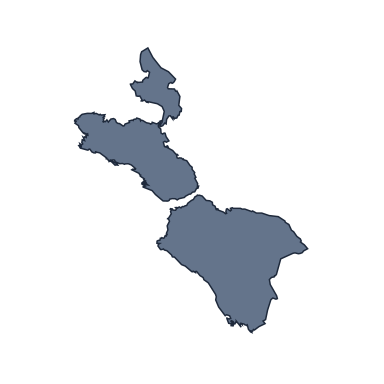 Inderøy nor, Nord-Trøndelag, Norway, rotated 257°
{"feature_id": "86288312B4648926178288", "entity_name": "Inderøy nor", "entity_type": "district", "adm_level": 2, "iso_a3": "NOR", "parent_name": "Norway", "parent_adm1": "Nord-Trøndelag", "projection": "orthographic", "projection_center": [11.117, 63.848], "detail": "fine", "context": "isolated", "style": "filled", "palette": "slate", "viewbox_px": 384, "rotation_deg": 257, "n_neighbors": 0, "source": "geoboundaries", "source_scale": "gbopen_adm2", "svg_char_len": 6078}
<svg xmlns="http://www.w3.org/2000/svg" viewBox="0 0 384 384"><g transform="rotate(257 192 192)"><path d="M110.7,291.9L115.2,289.6L118.9,286.4L119.7,287.4L121.9,287.0L125.1,284.2L130.4,282.1L132.4,280.3L138.5,279.1L141.4,276.1L142.9,276.0L148.6,270.5L151.7,261.8L155.8,255.2L157.0,250.0L159.5,247.2L159.9,246.7L159.5,245.8L163.5,239.6L164.0,237.1L165.2,235.5L166.8,228.5L167.6,227.7L167.4,225.8L165.6,226.3L164.9,225.1L167.8,222.5L167.6,221.7L165.2,220.6L163.4,220.9L163.3,219.8L165.3,218.2L168.4,213.6L169.7,213.5L170.1,212.4L170.1,212.2L169.7,213.3L168.9,213.1L169.2,212.1L169.8,212.3L169.3,212.0L169.5,211.6L172.9,211.3L174.9,209.2L177.4,209.5L179.4,207.4L180.6,203.9L185.8,201.0L187.2,198.5L187.1,198.0L187.8,196.5L187.1,195.8L186.7,193.9L184.4,191.7L183.9,189.5L182.0,185.4L180.1,183.8L180.1,182.1L179.6,180.7L180.0,179.3L179.0,177.7L180.3,176.2L179.6,174.2L180.3,173.8L180.5,172.5L179.2,173.2L177.9,171.9L178.6,169.4L179.9,169.1L180.6,167.3L180.0,166.9L179.0,167.8L177.7,166.7L175.4,166.9L171.5,163.0L171.7,161.6L171.0,163.0L168.6,163.5L164.6,160.2L160.5,160.0L157.8,158.0L156.3,158.1L156.6,157.5L154.9,156.9L155.4,156.0L153.5,154.5L153.4,153.6L154.3,152.3L153.8,151.8L154.1,150.8L152.2,149.8L152.4,148.2L152.0,146.9L149.9,146.3L149.1,148.9L148.6,147.4L147.0,146.7L143.0,148.4L142.7,149.5L142.9,151.4L141.7,152.0L140.4,154.4L135.3,157.9L133.2,158.3L132.5,160.3L123.6,165.5L121.3,168.8L114.4,173.9L114.1,174.8L114.6,175.3L112.7,177.3L113.7,177.4L113.6,178.6L108.7,181.0L106.2,183.6L103.8,183.9L99.9,187.4L87.0,191.9L84.5,192.1L81.5,190.8L73.9,192.1L64.0,196.5L64.6,198.1L62.9,200.8L60.2,201.3L59.9,199.5L61.3,197.7L60.9,197.5L55.8,198.2L54.8,200.6L53.0,200.0L52.3,201.9L53.3,202.6L54.1,201.3L54.6,202.1L57.4,200.9L57.8,201.5L56.4,203.0L53.8,203.2L54.3,204.0L54.0,204.3L55.6,205.6L55.1,206.1L56.1,206.2L49.2,209.5L52.3,208.8L52.5,209.2L52.1,209.4L53.0,210.1L51.6,211.0L52.6,211.0L51.6,213.0L50.4,213.9L50.3,214.9L49.2,215.6L49.6,216.0L45.5,216.1L42.5,217.6L41.7,218.7L43.3,218.5L42.8,219.8L44.2,220.9L43.5,221.8L45.8,227.0L47.3,233.6L50.3,232.2L51.1,235.0L60.0,239.1L69.3,244.6L70.5,246.9L68.7,249.7L68.9,251.2L71.9,251.1L84.2,247.4L89.3,247.7L90.9,250.3L90.8,253.0L91.9,253.6L91.7,254.4L92.7,255.7L106.9,263.4L109.6,276.7L109.5,278.7L107.9,281.8L107.8,283.7L108.1,285.8L109.5,287.5L110.7,291.9ZM290.1,98.1L288.7,97.3L289.4,96.7L289.4,95.9L288.3,93.8L287.5,93.6L287.0,95.1L285.4,93.4L282.2,96.3L280.1,96.3L274.3,99.1L273.2,100.0L273.8,100.2L272.6,101.7L272.1,101.6L272.5,102.0L271.9,102.5L272.2,103.4L270.6,103.3L271.1,101.9L268.9,101.2L269.9,100.0L269.1,99.1L270.0,98.3L266.3,98.9L267.6,96.8L265.0,95.8L263.4,96.3L262.7,95.0L264.3,93.6L262.9,93.7L262.7,92.1L261.5,92.7L262.2,93.7L262.0,94.3L261.0,94.3L261.1,93.3L260.7,92.8L259.9,93.1L256.4,99.5L256.2,100.1L256.9,101.3L256.7,102.1L253.5,103.5L252.1,105.3L251.8,106.8L253.5,107.3L252.5,107.4L250.9,110.9L244.4,116.4L243.7,115.9L243.0,117.2L241.7,117.6L241.3,118.7L240.4,118.1L240.2,120.0L235.4,123.1L235.6,123.6L234.9,125.8L236.5,125.2L239.7,121.6L240.0,120.2L241.3,120.2L240.8,121.6L241.1,122.2L240.5,123.7L238.6,124.1L235.8,128.0L235.4,130.7L234.2,132.5L234.4,133.4L233.9,136.2L232.0,139.0L227.4,142.3L226.9,142.0L227.6,139.2L227.2,138.3L222.0,144.7L220.5,144.9L220.0,145.8L219.0,145.2L215.6,148.4L214.9,147.7L213.3,149.2L212.9,148.6L211.1,149.8L213.2,147.4L212.4,145.8L211.0,147.8L211.3,148.8L208.7,150.7L210.5,146.5L210.2,146.3L211.7,144.4L208.2,147.7L208.1,146.7L207.7,146.6L208.1,145.6L207.8,145.5L202.3,153.5L197.8,155.8L189.8,161.8L188.6,166.4L188.9,167.8L190.0,168.7L190.0,171.1L189.2,174.2L187.6,175.8L188.4,177.8L188.4,183.4L189.3,184.6L190.5,188.7L190.3,190.2L191.7,192.4L191.6,194.7L194.5,197.3L194.9,198.8L194.4,198.0L194.4,198.7L195.3,199.2L195.1,198.8L195.8,198.4L196.3,199.5L197.4,198.8L198.9,199.4L204.8,197.8L205.4,199.1L209.1,198.2L210.3,199.0L214.0,197.2L216.1,197.7L218.3,196.0L223.7,193.9L225.1,191.4L226.1,191.0L225.8,190.5L227.4,189.4L228.1,187.3L227.9,186.3L228.6,185.2L231.1,185.2L231.4,185.4L231.2,186.5L231.9,186.2L232.5,184.8L236.8,182.5L241.4,177.3L241.7,178.3L241.4,178.8L242.3,178.6L242.6,178.2L241.8,177.2L242.2,176.6L241.9,176.1L242.5,175.4L247.0,175.3L247.5,177.0L246.3,178.2L247.0,181.0L251.7,179.2L255.3,179.0L255.7,178.1L255.1,176.4L256.4,175.1L260.4,175.7L262.9,174.0L264.3,174.1L266.4,176.1L267.1,174.9L266.3,173.8L266.5,172.5L268.9,168.9L267.6,168.2L267.8,167.1L267.5,166.9L268.5,165.9L269.7,163.2L272.7,160.1L273.5,158.6L272.9,157.9L274.7,157.8L276.5,154.8L275.6,153.6L275.9,152.1L275.6,151.1L274.9,150.8L275.5,149.7L275.4,146.6L273.8,146.7L273.3,142.1L271.8,140.8L271.8,139.7L275.0,136.8L275.6,135.1L276.9,134.0L279.9,133.5L281.2,132.1L281.3,129.3L279.0,126.2L281.4,125.3L280.0,123.3L280.8,121.9L279.5,121.2L280.8,121.7L280.3,120.5L280.9,121.8L283.0,122.0L283.3,122.8L284.3,122.3L284.5,122.8L284.2,123.4L284.8,122.7L285.0,123.7L285.6,123.3L286.9,124.5L287.4,120.8L288.4,120.0L288.0,118.9L290.1,116.4L290.2,114.0L291.1,112.9L291.2,114.3L291.6,114.4L291.2,111.7L292.2,107.6L292.4,102.4L291.2,100.0L290.4,99.6L290.1,98.1ZM342.3,181.4L340.0,174.5L337.4,172.8L330.7,170.7L322.3,170.9L320.1,172.4L319.3,174.4L320.3,175.7L318.2,177.6L313.1,175.0L313.2,174.2L314.0,173.3L313.8,172.6L311.9,169.2L310.3,168.5L310.8,164.6L311.3,163.8L310.9,163.3L313.1,161.4L310.6,158.6L311.0,156.3L310.6,156.2L306.2,157.3L303.1,159.4L298.2,159.3L297.4,161.0L297.2,162.8L292.9,164.0L292.6,163.8L292.5,163.2L292.2,163.0L291.8,164.1L292.3,166.4L289.8,167.9L289.2,169.2L289.9,169.1L289.3,170.8L285.8,178.1L282.0,182.1L276.8,183.1L267.2,178.7L268.4,178.1L268.1,176.5L265.9,177.5L263.5,175.5L262.8,176.1L263.2,178.4L265.3,181.0L264.2,182.1L268.5,183.6L271.3,186.6L271.2,188.0L267.5,189.6L269.4,189.9L269.3,190.8L267.3,191.2L267.7,191.8L267.5,193.8L269.9,195.8L269.8,196.8L273.0,198.2L272.8,198.7L273.3,199.2L273.0,199.7L275.7,200.6L279.4,198.6L287.8,201.7L293.6,200.1L293.3,199.9L294.0,198.7L296.3,198.1L297.9,192.1L299.4,191.7L302.8,193.7L303.5,196.2L302.4,197.0L302.5,197.8L303.5,199.5L305.7,201.4L314.5,196.1L320.0,189.7L331.9,184.1L342.3,181.4Z" fill="#64748b" stroke="#1e293b" stroke-width="1.5"/></g></svg>